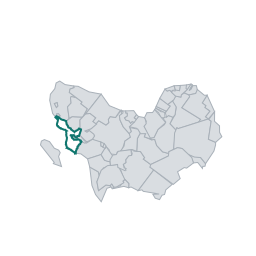 Mozambique on a map of Africa (Mercator projection), rotated 127°
{"feature_id": "MOZ", "entity_name": "Mozambique", "entity_type": "country or territory", "adm_level": 0, "iso_a3": "MOZ", "parent_name": "Africa", "parent_adm1": "", "projection": "mercator", "projection_center": [35.316, -18.663], "detail": "fine", "context": "in_parent", "style": "outline", "palette": "teal", "viewbox_px": 256, "rotation_deg": 127, "n_neighbors": 49, "source": "natural_earth", "source_scale": "50m", "svg_char_len": 14382}
<svg xmlns="http://www.w3.org/2000/svg" viewBox="0 0 256 256"><g transform="rotate(127 128 128)"><path d="M165.4,133.5L177.0,141.7L177.0,150.0L179.4,154.1L177.7,155.4L166.9,156.8L165.1,152.1L158.5,149.7L156.1,145.7L155.5,141.3L158.6,138.8L157.8,133.9L165.4,133.5Z" fill="#d9dde1" stroke="#a8b0b8" stroke-width="1"/><path d="M72.5,69.3L72.5,72.9L65.3,72.8L65.4,79.0L63.4,79.2L63.3,83.8L54.2,84.6L62.9,68.6L72.5,69.3Z" fill="#d9dde1" stroke="#a8b0b8" stroke-width="1"/><path d="M155.5,141.3L158.5,149.7L154.2,150.1L153.4,157.4L156.1,158.2L156.3,160.6L150.7,157.0L139.8,155.8L138.9,147.4L135.3,146.6L133.0,148.9L129.6,149.1L127.1,144.3L118.0,144.1L121.1,141.3L123.3,142.3L126.4,139.2L130.0,132.4L131.9,122.3L133.9,120.5L140.4,122.6L147.4,120.0L151.2,120.0L153.5,122.1L156.3,121.4L159.5,126.6L156.7,130.1L155.5,141.3Z" fill="#d9dde1" stroke="#a8b0b8" stroke-width="1"/><path d="M182.2,135.1L180.9,125.4L183.4,122.2L189.6,120.5L195.7,113.9L186.8,111.3L184.3,108.2L185.6,106.3L188.8,108.5L203.0,105.0L200.7,113.8L195.6,122.2L182.2,135.1Z" fill="#d9dde1" stroke="#a8b0b8" stroke-width="1"/><path d="M177.0,141.7L165.4,133.5L167.9,127.3L165.7,122.2L168.5,119.4L174.6,123.6L182.8,122.9L180.9,125.4L182.2,135.1L177.0,141.7Z" fill="#d9dde1" stroke="#a8b0b8" stroke-width="1"/><path d="M145.1,113.4L143.4,112.5L142.7,111.8L142.9,109.3L139.3,103.8L141.7,96.8L143.6,97.0L143.5,86.9L146.0,86.9L146.0,82.2L171.9,82.2L173.3,90.1L175.3,91.5L171.9,93.9L170.6,101.6L166.2,108.1L165.6,112.4L162.9,104.5L159.9,109.9L156.9,108.9L154.7,110.8L149.8,110.7L146.2,108.9L143.6,112.6L145.1,113.4Z" fill="#d9dde1" stroke="#a8b0b8" stroke-width="1"/><path d="M143.5,87.9L143.6,97.0L141.7,96.8L139.3,103.8L141.4,107.0L130.7,114.2L124.8,115.2L121.9,110.5L125.2,109.6L123.3,102.1L121.0,99.8L124.7,94.6L126.2,86.0L123.9,80.2L126.1,78.9L143.5,87.9Z" fill="#d9dde1" stroke="#a8b0b8" stroke-width="1"/><path d="M127.1,196.6L128.2,195.3L131.8,197.7L134.9,196.3L134.9,187.3L137.0,192.3L138.6,192.0L142.3,188.5L147.5,189.0L155.7,180.9L159.5,181.3L161.1,186.3L160.9,189.9L159.2,189.6L158.4,192.1L159.7,193.4L163.1,192.0L161.7,197.0L153.0,207.2L147.7,210.3L140.7,210.1L135.3,212.5L131.6,210.8L131.2,204.4L127.1,196.6ZM154.7,197.5L152.7,197.3L150.4,199.8L152.8,201.5L154.7,197.5Z" fill="#d9dde1" stroke="#a8b0b8" stroke-width="1"/><path d="M154.7,197.5L152.8,201.5L150.4,199.8L152.7,197.3L154.7,197.5Z" fill="#d9dde1" stroke="#a8b0b8" stroke-width="1"/><path d="M159.5,181.3L152.6,179.5L146.6,170.8L150.5,171.2L157.5,165.7L163.1,168.4L162.7,176.7L159.5,181.3Z" fill="#d9dde1" stroke="#a8b0b8" stroke-width="1"/><path d="M155.7,180.9L147.5,189.0L142.3,188.5L138.6,192.0L137.0,192.3L134.9,187.3L134.9,180.3L137.0,180.2L137.1,172.0L146.6,170.8L152.6,179.5L155.7,180.9Z" fill="#d9dde1" stroke="#a8b0b8" stroke-width="1"/><path d="M134.9,180.3L134.9,196.3L131.8,197.7L128.2,195.3L127.1,196.6L124.7,192.9L122.6,180.9L117.1,169.8L146.2,170.4L137.1,172.0L137.0,180.2L134.9,180.3Z" fill="#d9dde1" stroke="#a8b0b8" stroke-width="1"/><path d="M55.0,101.5L53.0,98.9L56.3,95.0L59.7,94.7L64.9,99.2L66.3,104.1L55.1,104.2L54.7,102.5L61.3,101.7L55.0,101.5Z" fill="#d9dde1" stroke="#a8b0b8" stroke-width="1"/><path d="M66.3,104.1L64.9,99.2L66.0,97.5L79.4,97.2L77.4,75.2L80.7,75.1L98.3,87.6L98.4,89.1L100.8,88.8L99.4,97.1L89.1,98.4L82.7,101.8L79.7,108.7L73.9,109.1L71.5,104.4L69.3,105.4L66.3,104.1Z" fill="#d9dde1" stroke="#a8b0b8" stroke-width="1"/><path d="M54.2,84.6L63.3,83.8L63.4,79.2L65.4,79.0L65.3,72.8L72.5,72.9L72.5,69.3L80.7,75.1L77.4,75.2L79.4,97.2L66.0,97.5L64.9,99.2L59.7,94.7L55.5,95.8L55.9,86.7L54.2,84.6Z" fill="#d9dde1" stroke="#a8b0b8" stroke-width="1"/><path d="M97.3,117.8L95.5,118.0L95.1,111.4L93.1,108.5L97.7,104.5L99.8,107.9L97.4,112.8L97.3,117.8Z" fill="#d9dde1" stroke="#a8b0b8" stroke-width="1"/><path d="M123.9,80.2L126.2,86.0L124.7,94.6L121.0,99.8L123.3,102.1L122.4,104.0L120.0,101.5L111.1,103.2L103.3,100.9L100.4,101.6L99.3,105.8L93.7,103.2L92.3,98.5L99.4,97.1L100.8,88.8L117.6,78.7L122.3,81.1L123.9,80.2Z" fill="#d9dde1" stroke="#a8b0b8" stroke-width="1"/><path d="M97.3,117.8L101.0,101.2L111.1,103.2L120.0,101.5L123.3,104.9L117.1,116.2L111.6,117.4L110.0,121.0L104.3,122.1L100.9,117.7L97.3,117.8Z" fill="#d9dde1" stroke="#a8b0b8" stroke-width="1"/><path d="M123.1,103.1L125.2,109.6L121.9,110.5L125.1,114.6L123.1,121.1L126.2,127.7L112.5,126.5L110.0,121.6L110.6,119.5L113.5,116.1L117.1,116.2L123.1,103.1Z" fill="#d9dde1" stroke="#a8b0b8" stroke-width="1"/><path d="M93.4,107.3L95.5,118.0L93.8,118.5L91.4,107.9L93.4,107.3Z" fill="#d9dde1" stroke="#a8b0b8" stroke-width="1"/><path d="M91.5,107.3L93.8,118.5L85.2,120.5L85.0,107.4L91.5,107.3Z" fill="#d9dde1" stroke="#a8b0b8" stroke-width="1"/><path d="M73.9,109.1L77.9,108.4L85.3,110.3L85.2,120.5L74.6,121.9L74.9,119.0L72.7,117.3L73.9,109.1Z" fill="#d9dde1" stroke="#a8b0b8" stroke-width="1"/><path d="M61.6,103.8L69.3,105.4L71.5,104.4L73.9,109.1L73.4,114.6L71.4,115.4L70.2,112.7L68.5,113.2L67.2,109.4L62.6,111.9L58.4,107.2L61.6,103.8Z" fill="#d9dde1" stroke="#a8b0b8" stroke-width="1"/><path d="M55.1,104.2L61.6,103.8L61.5,105.5L58.4,107.2L55.1,104.2Z" fill="#d9dde1" stroke="#a8b0b8" stroke-width="1"/><path d="M73.0,114.6L72.7,117.3L74.9,119.0L74.6,121.9L66.5,116.6L69.1,113.0L71.4,115.4L73.0,114.6Z" fill="#d9dde1" stroke="#a8b0b8" stroke-width="1"/><path d="M62.6,111.9L67.2,109.4L69.1,113.0L66.5,116.6L62.6,111.9Z" fill="#d9dde1" stroke="#a8b0b8" stroke-width="1"/><path d="M79.7,108.7L82.1,102.3L89.1,98.4L92.3,98.5L93.7,103.2L96.2,103.7L93.4,107.3L85.0,107.4L85.3,110.3L79.7,108.7Z" fill="#d9dde1" stroke="#a8b0b8" stroke-width="1"/><path d="M151.2,120.0L144.7,120.3L140.4,122.6L133.9,120.5L131.7,123.8L128.9,123.3L126.4,126.5L123.0,119.5L124.8,115.2L130.7,114.2L141.4,107.0L142.7,111.8L151.2,120.0Z" fill="#d9dde1" stroke="#a8b0b8" stroke-width="1"/><path d="M131.7,123.8L130.0,132.4L126.4,139.2L123.3,142.3L119.0,141.1L117.5,142.5L115.7,140.1L117.3,138.9L116.5,137.5L118.9,135.7L122.0,136.8L122.9,134.4L121.7,131.4L122.6,128.8L120.4,128.6L120.0,126.5L126.2,127.7L128.9,123.3L131.7,123.8Z" fill="#d9dde1" stroke="#a8b0b8" stroke-width="1"/><path d="M116.1,126.5L119.7,126.4L120.4,128.6L122.6,128.8L121.7,131.4L122.9,134.4L122.0,136.8L118.9,135.7L116.5,137.5L117.3,138.9L115.7,140.1L110.7,133.9L112.2,129.2L116.1,129.1L116.1,126.5Z" fill="#d9dde1" stroke="#a8b0b8" stroke-width="1"/><path d="M112.5,126.5L116.1,126.5L116.1,129.1L112.2,129.2L112.5,126.5Z" fill="#d9dde1" stroke="#a8b0b8" stroke-width="1"/><path d="M158.5,149.7L164.0,152.7L162.8,161.7L163.9,162.2L157.3,164.1L157.5,165.7L150.5,171.2L142.1,170.3L139.2,167.0L139.3,159.8L143.9,159.9L143.6,155.4L150.7,157.0L156.3,160.6L156.1,158.2L153.4,157.4L153.5,151.5L154.8,149.9L158.5,149.7Z" fill="#d9dde1" stroke="#a8b0b8" stroke-width="1"/><path d="M162.9,151.7L166.3,153.7L166.9,161.4L169.3,163.7L167.9,168.6L166.7,163.7L162.8,161.7L164.5,154.5L162.9,151.7Z" fill="#d9dde1" stroke="#a8b0b8" stroke-width="1"/><path d="M161.4,192.0L159.7,193.4L158.4,192.1L159.2,189.6L161.4,192.0Z" fill="#d9dde1" stroke="#a8b0b8" stroke-width="1"/><path d="M117.5,142.5L119.0,142.4L118.0,144.1L117.5,142.5ZM118.4,144.8L127.1,144.3L129.6,149.1L133.0,148.9L135.3,146.6L138.9,147.4L139.8,155.8L143.9,156.1L143.9,159.9L139.3,159.8L139.2,167.0L142.1,170.3L117.1,169.8L121.4,156.3L118.4,144.8Z" fill="#d9dde1" stroke="#a8b0b8" stroke-width="1"/><path d="M158.0,136.7L158.6,138.8L155.5,141.3L154.8,137.6L158.0,136.7Z" fill="#d9dde1" stroke="#a8b0b8" stroke-width="1"/><path d="M198.8,157.9L201.4,166.2L199.9,166.2L194.2,187.7L190.6,189.3L187.6,187.8L186.1,182.5L188.5,174.7L187.4,170.0L188.5,167.3L192.5,166.3L198.8,157.9Z" fill="#d9dde1" stroke="#a8b0b8" stroke-width="1"/><path d="M54.7,102.5L58.6,100.9L61.3,101.7L54.7,102.5Z" fill="#d9dde1" stroke="#a8b0b8" stroke-width="1"/><path d="M112.2,62.0L107.9,52.2L109.8,44.6L112.2,43.5L113.7,45.2L115.5,44.2L113.6,51.6L116.5,54.7L112.2,62.0Z" fill="#d9dde1" stroke="#a8b0b8" stroke-width="1"/><path d="M72.5,69.3L72.5,65.7L88.6,57.0L86.7,49.4L88.8,47.9L94.7,45.5L109.8,44.6L107.9,52.2L111.2,57.4L112.9,64.2L111.8,72.4L113.9,76.6L117.6,78.7L103.9,87.8L98.4,89.1L98.3,87.6L72.5,69.3Z" fill="#d9dde1" stroke="#a8b0b8" stroke-width="1"/><path d="M171.0,99.6L171.9,93.9L175.3,91.5L177.1,96.2L185.5,103.5L183.9,103.9L178.8,99.4L171.0,99.6Z" fill="#d9dde1" stroke="#a8b0b8" stroke-width="1"/><path d="M62.9,68.6L70.6,62.9L71.2,56.2L76.4,52.2L78.5,47.8L86.7,49.4L88.6,57.0L72.5,65.7L72.6,68.6L62.9,68.6Z" fill="#d9dde1" stroke="#a8b0b8" stroke-width="1"/><path d="M171.9,82.2L146.0,82.2L146.4,58.8L154.6,60.6L159.1,58.8L161.2,60.4L166.2,59.7L167.7,64.0L166.0,68.2L162.0,63.4L169.4,77.7L169.0,79.6L171.9,82.2Z" fill="#d9dde1" stroke="#a8b0b8" stroke-width="1"/><path d="M145.8,57.9L146.0,86.9L143.5,87.9L126.1,78.9L122.3,81.1L113.9,76.6L111.8,72.4L113.2,59.3L116.5,54.7L124.7,57.0L125.8,59.3L133.1,62.1L137.0,55.9L145.8,57.9Z" fill="#d9dde1" stroke="#a8b0b8" stroke-width="1"/><path d="M195.7,113.9L189.6,120.5L177.8,124.0L170.4,121.7L163.4,114.4L171.0,99.6L173.5,100.1L174.2,98.4L182.2,101.8L183.9,103.9L182.6,107.2L184.8,107.5L186.8,111.3L195.7,113.9Z" fill="#d9dde1" stroke="#a8b0b8" stroke-width="1"/><path d="M183.9,103.9L186.0,104.2L184.8,107.5L182.6,107.2L183.9,103.9Z" fill="#d9dde1" stroke="#a8b0b8" stroke-width="1"/><path d="M165.4,133.5L156.0,134.4L159.6,123.2L165.7,122.2L166.7,123.7L167.9,127.3L165.4,133.5Z" fill="#d9dde1" stroke="#a8b0b8" stroke-width="1"/><path d="M157.8,133.9L158.6,136.4L154.8,137.6L155.4,135.0L157.8,133.9Z" fill="#d9dde1" stroke="#a8b0b8" stroke-width="1"/><path d="M158.7,123.8L156.3,121.4L152.5,121.8L143.6,112.6L147.7,108.6L149.8,110.7L154.7,110.8L156.9,108.9L159.9,109.9L162.2,107.1L161.5,105.1L163.9,104.7L165.6,112.4L163.4,114.4L168.5,119.4L164.3,123.2L158.7,123.8Z" fill="#d9dde1" stroke="#a8b0b8" stroke-width="1"/><path d="M159.7,181.6L160.0,181.4L160.4,181.0L160.7,180.6L161.0,180.3L161.3,180.0L161.7,179.5L162.1,179.1L162.1,178.7L162.3,178.2L162.3,177.9L162.3,177.7L162.4,177.4L162.8,177.2L163.0,176.8L163.2,176.5L163.5,176.0L163.5,175.8L163.5,175.7L163.4,175.5L163.2,175.2L163.0,174.6L163.1,174.2L163.1,173.9L163.0,173.7L162.9,173.7L162.8,173.4L163.2,173.1L163.3,173.0L163.3,172.8L163.3,172.5L163.5,172.2L163.4,172.0L163.4,171.8L163.4,171.6L163.4,170.9L163.4,170.1L163.4,169.7L163.2,169.2L163.2,168.8L163.3,168.6L163.4,168.4L163.1,168.4L162.9,168.4L162.7,168.2L162.3,168.0L161.8,167.8L161.2,167.8L160.6,167.3L160.2,167.2L159.6,166.9L159.0,166.9L158.3,166.8L157.9,166.8L157.8,166.4L157.8,166.0L157.8,165.7L157.7,165.4L157.6,165.2L157.4,164.7L157.9,164.4L158.1,164.3L158.4,164.2L158.9,164.0L159.4,163.9L159.8,163.7L160.3,163.6L160.5,163.5L160.7,163.4L161.3,163.2L161.7,163.1L161.9,163.0L162.5,162.8L163.2,162.6L163.4,162.5L163.9,162.3L164.0,162.4L164.3,163.0L164.6,163.3L164.9,163.6L165.0,163.5L165.6,163.4L165.8,163.4L166.1,163.3L166.4,163.2L166.5,163.3L166.8,163.7L166.8,164.0L166.9,164.4L166.9,164.6L166.9,164.9L166.8,165.2L166.6,165.6L166.6,165.8L166.4,166.2L166.3,166.3L166.2,166.4L166.2,166.6L166.3,166.7L166.5,166.9L166.5,167.0L166.5,167.3L166.8,167.6L167.0,167.8L167.3,168.1L167.7,168.6L167.9,168.7L168.0,168.7L168.1,168.9L168.0,169.0L167.9,169.1L168.0,169.3L168.3,169.4L168.5,169.3L168.5,168.7L168.3,168.3L168.2,168.1L168.4,167.7L168.5,167.4L168.6,167.2L169.1,167.1L169.4,167.0L169.5,167.0L169.6,166.7L169.6,166.1L169.7,165.5L169.6,165.2L169.7,164.6L169.8,164.3L169.7,164.3L169.7,163.8L169.3,163.4L168.9,162.8L168.7,162.4L168.4,162.1L167.9,161.5L167.6,161.3L167.5,161.2L167.1,161.2L166.9,160.9L166.8,160.5L166.8,160.3L166.8,159.9L166.7,159.3L166.7,159.1L166.6,158.7L166.4,158.3L166.4,158.2L166.5,158.1L166.7,157.8L166.8,157.6L167.0,157.1L167.1,156.9L167.5,156.9L167.8,156.9L168.2,156.9L168.8,156.9L169.1,156.9L169.4,156.8L169.6,156.6L169.8,156.6L170.2,156.8L170.4,157.0L170.7,157.2L171.2,157.2L171.5,157.1L171.9,156.9L172.2,156.9L172.3,156.9L172.5,157.0L173.0,157.2L173.4,157.1L173.8,156.9L174.0,156.7L174.1,156.4L174.4,156.2L174.8,156.2L175.1,156.3L175.5,156.5L175.7,156.4L176.1,156.1L176.5,156.0L176.9,156.0L177.3,155.9L177.5,155.7L177.8,155.6L178.1,155.5L178.4,155.4L178.7,155.2L179.1,154.9L179.5,154.6L179.8,154.4L179.9,154.6L180.1,154.8L180.0,155.0L179.8,155.1L180.1,155.2L179.9,155.4L179.9,155.6L179.8,156.0L179.7,156.2L179.6,156.3L179.8,156.6L179.7,157.1L179.8,157.5L179.9,157.8L179.8,158.1L179.9,158.5L179.8,158.9L179.9,159.0L180.0,159.2L180.0,159.5L179.7,159.9L179.7,160.0L180.0,160.0L180.0,160.3L180.0,160.6L180.0,160.9L179.9,161.1L180.0,161.3L180.0,161.5L180.0,162.0L180.0,162.6L180.2,162.8L180.3,162.8L180.3,163.0L180.1,163.2L180.1,163.3L180.2,163.5L180.3,163.3L180.5,163.4L180.5,163.5L180.6,163.9L180.6,164.1L180.4,164.2L180.3,164.4L180.2,164.6L180.3,164.7L180.2,164.7L180.1,164.8L180.2,165.0L180.0,165.6L179.4,166.3L179.2,166.5L179.0,166.8L179.0,167.0L178.7,167.3L178.4,167.4L178.3,167.5L178.4,167.8L178.2,167.9L177.9,168.1L177.1,168.6L176.8,169.0L176.5,169.1L176.3,169.2L176.0,169.2L175.9,169.2L175.8,169.3L175.2,169.5L174.7,169.7L174.5,169.8L174.0,170.0L173.3,170.4L172.7,170.8L172.3,171.2L172.2,171.2L172.1,171.4L172.0,171.6L171.7,172.1L171.2,172.6L170.9,173.0L170.7,173.2L170.5,173.4L170.4,173.4L170.0,173.5L169.7,173.7L169.3,174.1L168.6,174.8L167.7,175.6L167.2,175.3L167.2,175.5L167.3,175.6L167.3,175.8L167.3,176.2L167.2,176.9L167.2,177.1L167.3,177.3L167.6,177.6L167.8,177.9L168.1,178.8L168.1,179.3L168.4,179.9L168.4,180.1L168.6,180.8L168.5,181.3L168.5,181.6L168.7,181.8L168.7,181.6L168.7,181.4L168.8,181.1L169.0,181.3L169.0,181.6L168.9,182.2L168.9,182.5L169.1,183.0L168.9,183.5L168.7,184.7L168.6,184.9L168.7,185.0L168.8,185.1L168.9,184.9L169.0,184.9L169.0,185.0L168.9,185.6L168.8,185.8L168.4,186.5L168.2,186.7L167.8,187.0L167.0,187.4L165.3,188.0L164.6,188.3L164.2,188.5L163.4,189.0L163.0,189.4L162.9,189.8L162.7,190.0L162.7,190.5L162.8,190.6L163.0,190.7L163.0,190.8L163.2,190.6L163.3,190.5L163.4,190.4L163.3,190.9L163.2,192.3L162.6,192.3L162.3,192.3L162.1,192.3L161.7,192.3L161.5,191.5L161.5,191.3L161.4,191.1L161.4,190.9L161.4,190.5L161.4,190.3L161.2,190.2L161.1,189.7L161.3,189.3L161.2,188.7L161.3,188.5L161.3,188.0L161.3,187.4L161.3,187.0L161.3,186.5L161.2,186.3L161.2,186.2L161.0,185.5L160.9,185.2L160.7,184.9L160.6,184.6L160.4,184.4L160.3,184.2L160.3,183.7L160.1,183.1L160.0,182.6L159.9,182.1L159.8,181.8L159.7,181.6ZM167.2,158.1L167.3,158.0L167.3,157.9L167.2,157.8L167.1,158.1L167.2,158.1ZM167.1,157.9L166.9,157.8L166.9,158.0L167.0,158.0L167.1,157.9Z" fill="none" stroke="#0f766e" stroke-width="2"/></g></svg>